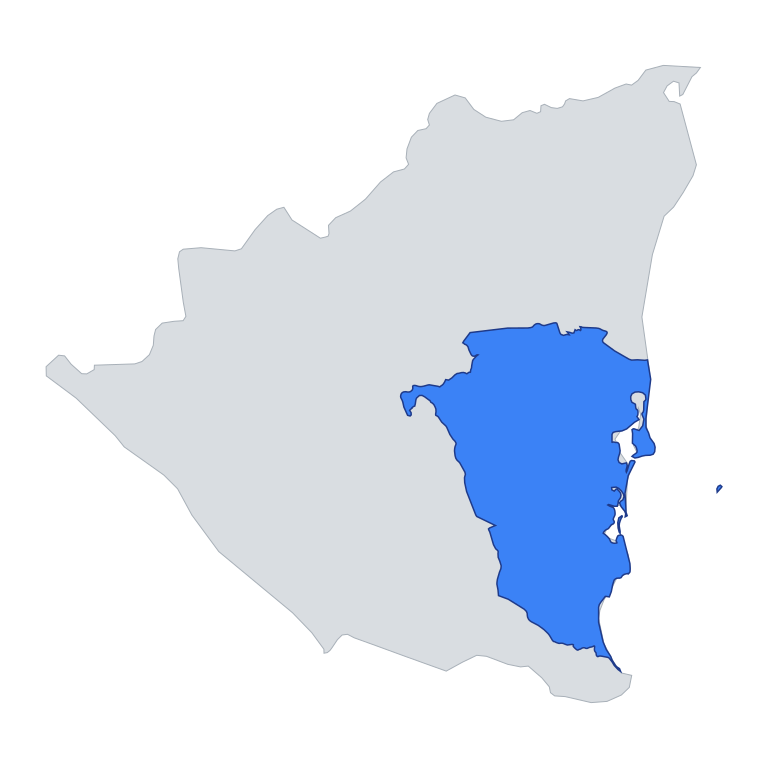 Nicaragua, with Atlántico Sur highlighted
{"feature_id": "NIC-644", "entity_name": "Atlántico Sur", "entity_type": "Autonomous Region", "adm_level": 1, "iso_a3": "NIC", "parent_name": "Nicaragua", "parent_adm1": "", "projection": "orthographic", "projection_center": [-84.133, 12.113], "detail": "fine", "context": "in_parent", "style": "filled", "palette": "blue", "viewbox_px": 768, "rotation_deg": 0, "n_neighbors": 0, "source": "natural_earth", "source_scale": "10m", "svg_char_len": 8278}
<svg xmlns="http://www.w3.org/2000/svg" viewBox="0 0 768 768"><path d="M700.4,67.5L696.4,73.0L692.0,76.6L682.8,94.5L679.7,96.1L679.0,82.9L673.5,81.2L667.1,85.9L663.5,92.6L669.2,101.4L674.1,101.6L680.1,104.0L696.4,164.8L693.0,175.7L683.1,192.7L673.6,207.1L664.1,216.2L652.4,254.6L641.9,317.0L649.7,373.1L646.0,425.0L649.4,437.2L650.4,452.5L642.5,455.2L638.1,454.8L633.5,445.4L634.0,437.2L638.7,427.5L640.6,414.4L638.3,407.6L633.7,422.5L625.5,429.2L620.2,431.5L615.0,439.1L620.5,453.3L627.7,463.7L630.0,471.1L627.4,480.0L625.9,510.3L623.3,509.5L620.7,505.4L613.2,505.1L612.3,517.3L612.9,524.2L606.5,529.4L604.2,534.7L609.5,538.4L615.3,540.6L622.4,540.1L628.3,555.1L630.1,567.3L616.5,578.6L611.9,587.9L604.2,599.3L599.9,610.4L598.6,618.4L603.9,643.6L613.3,661.6L621.2,672.9L631.7,675.4L629.3,687.4L621.4,695.0L607.0,701.4L591.2,702.6L565.2,696.6L554.7,695.9L550.5,692.7L549.3,686.8L541.9,677.9L528.3,666.1L520.5,666.9L507.7,664.3L486.5,656.3L476.7,655.3L462.6,662.1L446.2,671.1L406.7,656.9L379.1,646.8L354.2,637.8L347.5,634.3L342.1,635.0L337.4,639.7L331.9,647.9L330.1,650.3L327.3,652.6L324.0,653.2L323.9,649.2L311.8,632.7L292.6,612.8L218.8,551.6L191.9,515.1L177.6,488.8L163.9,475.1L124.2,446.9L115.2,435.7L76.1,398.1L46.3,375.9L46.1,366.7L58.6,355.2L64.6,355.9L71.1,364.2L81.7,373.7L86.7,373.9L94.2,369.6L94.4,365.2L134.8,363.9L142.0,361.5L149.4,354.7L153.3,345.3L154.0,336.0L155.6,329.5L162.2,323.1L174.0,321.3L183.1,320.7L185.9,316.4L183.3,302.3L178.7,268.3L177.8,258.8L179.5,251.8L183.2,249.2L201.1,247.7L234.9,250.9L241.4,248.8L255.1,229.6L267.8,215.5L276.8,209.2L283.9,207.3L292.0,220.0L320.4,238.2L325.2,237.1L328.1,236.2L329.0,233.6L328.5,225.3L335.7,217.7L350.5,211.0L365.5,199.1L380.5,182.0L393.5,171.9L404.4,169.0L408.6,164.3L406.1,157.9L407.0,148.9L411.4,137.2L417.8,130.5L426.1,128.7L429.4,125.0L427.7,119.5L429.4,113.4L436.9,103.4L455.0,95.0L465.2,97.9L473.8,109.4L485.8,117.2L501.4,121.3L513.6,119.8L522.2,112.7L530.0,110.5L536.9,113.3L540.6,111.7L541.0,105.7L544.5,104.3L551.3,107.6L557.3,108.4L562.5,106.8L564.6,103.9L565.6,100.9L569.5,98.6L583.0,100.9L598.2,97.4L614.9,88.1L626.1,84.0L631.6,85.1L638.1,80.4L645.8,70.1L663.3,65.4L700.4,67.5Z" fill="#d9dde1" stroke="#a8b0b8" stroke-width="1"/><path d="M647.5,359.9L650.7,379.3L645.9,418.6L646.0,427.3L646.5,428.7L648.6,433.0L650.0,437.8L654.1,443.5L655.1,447.2L654.7,451.7L653.2,454.2L650.2,455.2L645.5,455.4L642.0,456.1L638.3,457.4L634.9,458.0L632.0,456.4L633.1,455.3L636.1,453.2L637.0,452.2L637.1,450.5L636.5,448.1L635.6,446.1L632.4,443.2L632.6,433.5L632.0,429.7L632.7,429.4L633.1,428.8L634.0,428.8L639.1,430.5L642.7,425.8L643.9,419.1L642.0,414.5L642.0,413.4L643.2,412.0L643.7,410.0L643.9,401.7L645.5,400.1L645.9,399.1L645.4,395.1L642.6,392.7L638.7,391.8L635.0,392.1L632.0,393.8L630.7,396.6L630.8,399.6L631.9,402.3L635.1,404.0L635.4,404.3L635.7,407.3L635.9,408.3L636.5,409.4L637.2,409.8L637.8,410.4L638.0,411.9L637.9,414.4L637.6,415.5L636.9,416.6L637.5,417.3L639.0,419.6L634.4,422.3L626.7,428.9L622.0,430.9L615.7,431.6L613.1,432.4L612.0,434.4L612.0,442.2L612.2,442.3L612.8,442.0L614.0,442.1L615.8,442.5L616.9,442.4L617.9,442.7L619.1,444.1L620.1,450.8L619.5,454.0L618.5,457.0L618.0,459.8L619.1,462.5L621.8,463.9L626.4,462.9L627.2,465.2L627.0,466.7L626.2,469.6L626.1,471.3L626.4,472.2L627.1,470.8L629.4,463.2L630.2,461.3L631.5,460.5L634.4,460.9L635.0,462.0L628.2,475.7L625.0,493.4L626.1,512.5L627.2,515.7L626.2,516.3L625.2,516.8L625.7,513.7L624.7,511.2L621.1,506.6L619.5,502.8L620.8,501.2L622.9,499.8L624.0,496.3L623.3,493.8L621.4,490.9L618.8,488.4L616.1,487.1L611.6,487.5L611.8,489.8L614.2,491.1L616.1,489.1L617.2,489.1L619.6,491.7L620.6,493.2L621.0,495.2L620.5,497.7L618.3,501.0L618.1,503.4L617.3,506.2L614.6,506.3L608.6,504.5L607.8,505.0L609.6,506.1L613.2,507.5L614.1,508.7L614.7,510.3L615.0,512.1L615.1,514.1L614.8,515.4L613.5,518.2L613.2,519.3L613.5,520.1L614.0,521.0L614.3,521.9L614.1,522.9L613.4,523.8L611.8,524.5L611.2,524.9L608.5,528.5L607.7,529.0L606.4,529.5L605.0,530.5L603.8,531.9L603.2,533.2L605.1,534.5L607.4,536.6L609.4,538.9L610.7,541.8L611.7,542.6L613.2,543.1L614.6,543.3L616.8,543.0L616.9,542.3L616.3,541.4L616.1,540.2L617.1,537.3L617.9,535.8L619.2,535.2L621.6,535.1L623.1,536.3L629.9,563.5L630.2,568.8L630.1,570.7L630.0,571.9L629.4,572.8L628.2,573.9L628.0,573.5L625.9,573.9L623.9,574.5L623.7,574.9L622.6,575.4L621.1,577.6L619.8,578.1L618.0,578.1L616.6,578.3L615.4,578.9L614.2,580.0L612.7,584.6L611.3,591.6L609.3,596.9L606.2,596.4L605.3,596.4L600.7,602.4L599.3,604.6L598.6,607.2L598.6,622.3L603.1,641.9L606.3,649.6L610.7,656.4L612.1,660.1L615.6,665.7L616.8,666.9L619.5,668.6L620.6,671.4L618.0,669.5L614.2,665.4L612.1,661.9L609.4,658.4L608.6,657.7L607.5,657.3L601.8,656.2L600.1,656.0L599.1,656.1L598.0,656.6L597.6,656.6L597.1,656.3L596.5,655.5L596.3,655.0L596.1,653.4L595.9,652.6L595.2,651.8L594.6,650.8L594.4,649.5L594.6,646.8L594.6,646.3L594.3,646.0L593.9,646.0L591.9,646.9L589.7,647.3L587.2,648.4L586.0,648.4L584.6,647.8L583.7,647.7L582.6,647.9L582.1,648.1L580.4,649.1L579.2,649.4L577.9,650.1L577.3,650.0L576.5,649.6L575.1,648.4L573.5,646.7L573.3,646.4L573.2,646.0L573.4,644.8L572.9,644.5L572.0,644.4L567.3,645.0L565.5,644.4L563.1,643.4L561.8,643.2L560.8,643.2L559.3,643.4L558.6,643.3L556.2,642.5L554.7,641.7L554.2,641.6L553.8,641.6L553.2,641.2L552.4,640.3L549.5,635.4L548.2,633.7L544.0,629.6L538.3,625.4L531.4,621.8L530.0,620.8L528.7,619.5L527.6,617.2L527.3,615.3L527.2,613.4L526.4,611.4L524.1,609.1L508.2,599.2L498.5,595.6L498.0,589.9L496.9,584.1L497.0,582.2L497.4,579.3L499.5,572.1L500.9,568.7L501.2,565.8L499.8,561.2L498.2,557.4L498.0,553.5L498.2,551.7L497.8,550.7L496.9,549.8L495.7,548.8L493.5,544.7L489.8,532.0L488.8,530.0L488.5,528.9L489.7,527.9L495.4,525.5L476.8,516.5L475.8,515.0L466.6,491.5L464.7,482.6L464.5,477.7L465.4,474.3L464.9,472.1L459.8,462.9L458.9,461.9L457.9,461.0L456.9,460.0L455.8,458.2L455.1,455.7L454.5,450.9L454.7,448.4L455.1,446.5L455.9,444.5L456.1,443.6L455.8,442.6L454.9,441.1L453.0,439.2L449.9,434.5L446.8,427.4L445.9,426.0L441.7,422.1L438.3,416.9L437.5,416.2L435.8,415.3L435.6,414.2L436.0,411.8L435.9,409.1L435.2,407.2L434.0,404.8L433.1,403.8L432.2,403.0L430.9,402.3L429.8,400.4L429.1,400.1L424.8,396.9L422.1,395.4L419.4,395.5L416.6,398.0L415.9,399.7L415.3,403.9L414.7,406.1L414.3,406.1L413.1,406.8L412.0,407.7L412.1,408.1L411.6,408.4L409.6,410.3L411.1,412.7L411.2,414.9L410.1,416.0L407.6,415.3L403.9,407.1L402.8,402.1L402.2,400.4L400.8,397.6L400.6,396.2L400.9,394.7L401.4,393.5L402.4,392.5L403.7,391.9L405.8,391.7L407.4,392.0L409.2,392.0L410.6,391.5L412.2,390.1L412.8,388.6L412.7,386.3L413.2,385.6L414.7,385.4L415.9,385.6L418.5,386.4L420.1,386.6L421.9,386.5L423.9,386.1L427.9,385.0L429.3,384.8L438.0,386.3L439.8,386.9L440.4,386.3L442.2,385.1L443.1,384.3L444.6,382.0L445.7,379.6L448.6,380.1L451.9,377.9L454.9,374.9L457.1,373.5L458.8,373.3L461.5,372.6L463.5,372.5L465.4,373.0L466.3,373.6L467.0,373.7L468.6,372.5L469.4,372.2L470.0,372.3L470.4,372.2L470.7,369.9L471.5,368.0L471.7,365.8L472.6,360.8L473.2,359.6L476.3,356.2L478.0,354.9L477.6,354.8L476.8,354.9L474.8,356.1L474.0,356.2L473.0,356.1L472.7,356.0L472.0,355.6L471.1,354.5L469.0,350.1L468.0,346.8L466.9,345.4L466.3,344.9L464.5,344.1L463.5,343.1L462.8,342.8L463.8,341.0L470.1,332.6L507.6,328.1L527.8,328.0L530.7,327.6L532.5,327.0L534.3,325.0L535.8,324.0L536.9,323.7L537.9,323.6L539.0,323.7L539.7,323.9L540.6,324.4L541.6,325.0L543.3,325.5L544.8,325.5L553.5,323.0L555.5,322.8L556.6,323.1L557.0,323.8L559.8,332.6L560.4,333.7L561.2,334.6L562.1,334.8L563.4,335.4L566.9,334.4L569.2,334.8L567.9,332.7L567.2,331.9L569.9,332.4L572.2,333.2L573.9,332.9L575.1,329.7L576.1,330.4L576.8,330.5L578.1,329.7L579.1,329.7L580.4,330.5L580.9,329.9L580.8,328.4L580.0,326.7L581.5,326.9L582.1,327.3L584.3,327.5L596.1,328.0L598.8,328.4L600.3,329.0L601.5,329.7L603.0,330.4L605.5,331.1L606.6,331.6L607.1,332.3L607.1,333.1L606.7,334.0L606.2,334.9L603.5,338.3L602.9,339.1L602.6,340.0L602.5,340.8L602.7,341.6L603.1,342.3L603.7,342.9L614.6,350.9L629.0,359.2L631.6,360.1L637.5,359.8L644.8,360.3L647.5,359.9ZM619.2,532.1L618.1,528.0L617.8,522.6L618.8,517.9L621.8,515.8L622.0,515.9L622.2,516.0L622.2,516.3L622.2,516.8L621.2,518.3L620.2,520.7L619.4,523.4L619.2,525.9L620.1,531.3L620.1,533.3L619.2,532.1ZM717.2,492.2L716.9,488.9L718.2,486.3L720.3,485.2L721.9,486.6L721.4,487.5L717.2,492.2Z" fill="#3b82f6" stroke="#1e3a8a" stroke-width="1.5"/></svg>